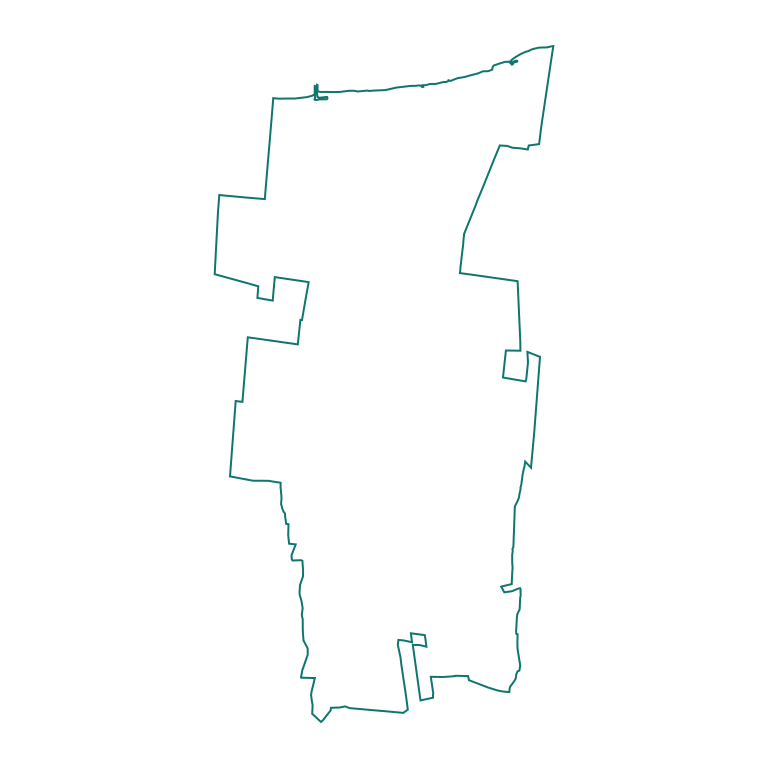 outline of Yobaín, Yucatán, Mexico
{"feature_id": "50627088B68824645549174", "entity_name": "Yobaín", "entity_type": "district", "adm_level": 2, "iso_a3": "MEX", "parent_name": "Mexico", "parent_adm1": "Yucatán", "projection": "equal_earth", "projection_center": [-89.114, 21.287], "detail": "fine", "context": "isolated", "style": "outline", "palette": "teal", "viewbox_px": 768, "rotation_deg": 0, "n_neighbors": 0, "source": "geoboundaries", "source_scale": "gbopen_adm2", "svg_char_len": 4765}
<svg xmlns="http://www.w3.org/2000/svg" viewBox="0 0 768 768"><path d="M303.0,576.3L302.0,579.3L300.0,585.1L299.5,592.5L299.7,594.8L301.5,601.1L302.7,608.5L302.5,609.3L301.8,614.9L302.1,616.6L302.8,619.8L302.7,621.0L302.8,625.1L302.7,625.3L302.9,632.7L303.5,640.5L305.1,643.5L307.7,648.4L307.7,654.8L303.3,667.5L302.4,669.9L301.0,677.3L301.1,677.7L313.2,678.0L314.9,678.0L311.5,691.9L311.1,695.2L311.8,700.7L312.6,705.2L312.2,713.8L320.9,721.9L322.7,720.5L329.3,712.1L330.5,710.7L331.0,707.8L339.7,707.5L345.2,706.4L349.5,708.1L370.8,710.0L388.5,711.5L403.2,712.9L407.8,709.7L406.0,695.7L401.2,663.7L400.5,657.4L398.9,649.9L397.8,644.8L398.4,639.9L403.4,640.4L412.0,642.2L411.4,637.1L411.0,634.4L410.9,633.3L424.8,635.1L425.6,640.4L426.4,646.7L422.0,645.6L419.3,645.0L412.8,644.9L417.1,676.0L419.2,691.2L420.5,700.4L433.0,697.7L433.0,694.7L433.3,693.9L433.1,692.2L430.8,676.8L443.2,677.0L454.7,676.2L454.7,675.9L457.5,675.8L468.1,676.1L469.0,680.2L488.0,687.5L497.7,690.5L502.9,691.5L509.3,692.1L509.7,688.0L510.3,686.5L513.9,681.6L515.7,678.6L516.2,674.6L517.2,672.1L517.8,671.2L519.4,670.6L520.2,665.4L517.6,649.3L517.4,645.5L517.4,641.6L517.6,634.3L516.5,634.1L516.2,633.2L516.1,630.3L516.4,626.5L516.9,617.4L517.3,614.3L518.1,612.4L519.5,609.9L519.7,608.5L519.9,604.3L520.2,597.7L520.7,595.2L520.5,592.0L520.6,589.4L520.1,588.2L518.2,588.6L512.0,591.2L504.3,592.3L501.2,586.6L504.5,585.8L511.7,584.1L512.3,571.4L512.5,569.0L512.6,567.6L512.2,562.6L512.2,557.5L512.2,554.7L512.7,551.2L512.5,548.8L513.3,547.4L513.5,544.2L513.7,537.4L514.2,526.0L514.2,523.5L514.2,523.4L514.5,516.5L514.7,509.2L514.9,506.4L517.2,501.8L518.6,498.5L519.1,496.9L519.4,494.3L519.7,493.0L520.5,489.5L520.5,487.6L521.4,484.2L521.6,482.0L521.8,481.0L522.6,474.6L523.8,468.9L524.5,466.4L525.2,461.6L531.0,467.7L534.2,432.8L540.0,356.9L527.4,351.9L528.0,362.4L526.3,378.9L525.6,381.4L503.0,377.5L503.6,371.8L503.9,369.1L505.9,350.5L513.0,350.6L520.4,350.7L520.3,341.4L519.8,330.5L517.6,281.2L505.0,279.4L497.2,278.3L490.9,277.4L478.3,275.6L471.9,274.7L459.9,273.1L460.4,269.8L460.4,267.7L460.8,264.6L461.5,258.2L463.2,244.2L463.4,240.8L463.8,237.1L464.1,233.9L466.4,228.2L475.9,204.7L477.1,201.2L482.7,187.7L495.0,157.1L499.8,145.5L507.1,145.9L512.3,147.7L520.2,148.3L527.8,149.5L528.7,145.5L539.1,144.1L541.4,125.8L548.0,81.3L550.6,63.9L553.3,46.1L552.3,46.2L550.7,46.5L547.2,47.4L542.7,47.5L539.1,47.6L534.3,48.7L531.3,49.6L528.8,50.9L525.5,51.9L520.8,54.0L515.8,56.9L512.9,58.9L511.4,60.1L511.6,61.8L512.1,62.1L512.7,62.3L513.1,62.2L513.4,62.0L514.0,61.6L514.5,61.0L515.5,60.8L516.4,60.8L517.2,60.8L517.2,61.4L516.8,61.8L516.4,61.7L515.8,62.1L514.8,62.0L513.8,62.3L513.4,63.4L512.8,64.2L512.3,64.5L511.7,64.6L511.5,64.4L511.6,64.0L511.6,63.6L511.3,63.3L510.8,63.2L510.3,62.9L511.3,62.2L511.4,61.3L509.1,61.6L507.3,61.8L504.9,61.9L499.6,63.5L494.6,65.2L494.0,65.4L493.4,65.8L492.4,67.6L492.3,69.6L488.1,71.2L483.0,71.3L478.3,73.3L474.1,74.4L468.4,75.9L465.4,76.8L463.0,77.3L457.9,78.1L454.9,79.2L450.6,80.9L448.5,80.3L448.3,81.1L446.0,82.0L443.5,82.0L435.9,83.9L429.9,84.0L425.9,85.1L424.3,85.2L423.6,85.2L422.7,85.2L423.0,86.3L423.2,86.9L422.3,87.0L421.9,86.9L421.7,86.5L420.9,85.7L418.6,85.4L415.5,85.9L413.7,85.8L410.8,85.9L396.2,87.6L392.4,88.5L385.2,90.1L373.2,90.6L369.2,91.0L369.1,90.9L368.2,90.7L367.5,90.6L366.9,90.6L357.9,91.5L353.6,90.7L348.7,90.8L340.4,91.9L333.5,92.1L325.5,91.9L321.0,92.0L318.6,91.6L317.6,91.2L317.5,85.0L317.0,84.8L316.9,86.6L317.0,91.0L317.1,93.1L317.2,94.7L317.6,97.0L318.3,97.4L319.0,97.8L319.8,97.6L320.5,97.6L322.0,97.5L323.4,97.3L324.7,97.2L326.5,96.9L327.0,96.9L327.1,97.0L327.3,97.3L327.4,98.6L327.2,99.0L326.7,99.2L325.6,99.3L323.4,99.3L320.8,99.3L318.4,99.5L316.9,100.0L316.3,100.0L315.0,99.9L314.5,99.5L314.7,98.9L314.7,98.7L314.8,98.5L314.9,98.2L315.0,97.7L315.2,96.7L314.9,96.4L314.9,95.8L315.2,95.2L315.3,94.5L315.3,93.2L315.2,86.2L314.7,86.0L314.7,94.3L313.3,95.1L312.2,95.7L307.2,97.1L301.1,97.8L295.4,98.5L286.8,98.5L279.7,98.7L273.2,98.2L273.0,101.3L271.9,115.0L271.5,119.7L269.4,144.8L269.1,148.1L266.6,177.3L264.8,199.1L243.4,197.3L231.8,196.2L223.0,195.4L219.3,195.0L218.7,202.7L218.0,211.7L216.7,236.1L214.7,274.2L246.7,283.0L258.3,286.3L257.4,297.9L272.7,300.6L274.8,277.1L308.6,282.1L308.4,283.8L306.2,295.7L304.9,303.1L302.0,320.1L300.4,319.9L297.8,344.4L247.8,337.3L242.4,401.9L235.7,401.0L230.0,476.4L252.9,480.7L268.5,480.8L276.2,482.1L280.6,482.7L280.6,487.9L280.9,490.2L281.0,492.1L281.4,495.5L281.4,497.0L281.5,499.9L281.2,501.5L281.1,504.2L281.7,506.0L282.3,508.6L283.6,511.8L285.0,513.5L285.2,517.1L285.4,518.3L286.2,523.9L288.5,524.2L288.2,535.2L289.1,543.7L295.7,544.4L291.5,555.3L291.8,559.3L292.5,560.5L301.1,560.2L301.7,560.5L302.4,560.8L303.1,570.8L303.0,576.3Z" fill="none" stroke="#0f766e" stroke-width="2"/></svg>